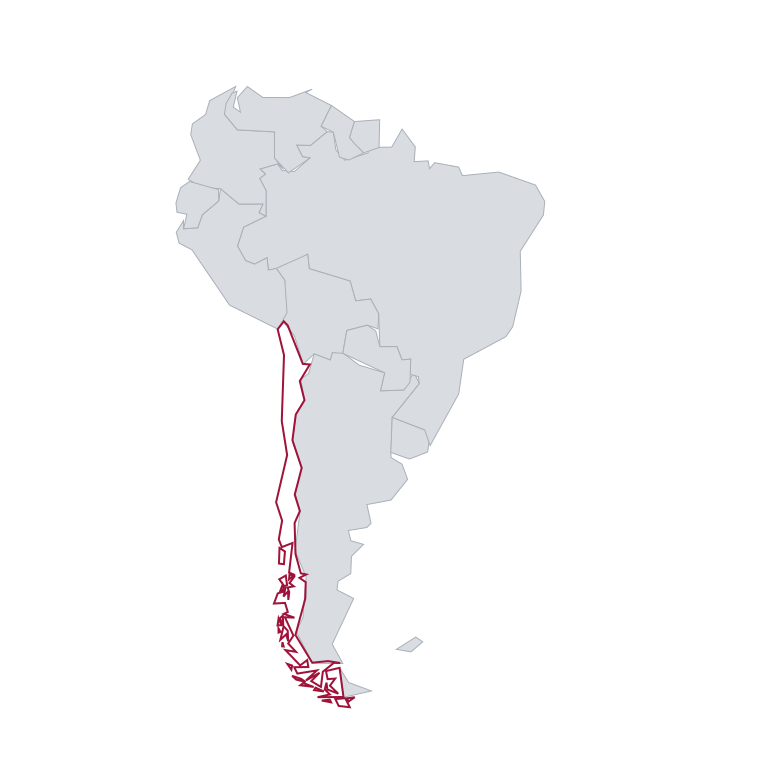 Chile highlighted on a map of South America, rotated 352°
{"feature_id": "CHL", "entity_name": "Chile", "entity_type": "country or territory", "adm_level": 0, "iso_a3": "CHL", "parent_name": "South America", "parent_adm1": "", "projection": "mercator", "projection_center": [-72.304, -36.699], "detail": "medium", "context": "in_parent", "style": "outline", "palette": "rose", "viewbox_px": 768, "rotation_deg": 352, "n_neighbors": 12, "source": "natural_earth", "source_scale": "50m", "svg_char_len": 5735}
<svg xmlns="http://www.w3.org/2000/svg" viewBox="0 0 768 768"><g transform="rotate(352 384 384)"><path d="M300.5,658.7L307.4,674.7L328.8,686.2L300.5,688.6L300.5,658.7ZM387.5,418.2L380.6,457.7L390.7,465.9L394.1,481.7L374.8,499.9L350.3,501.0L351.8,520.1L347.0,523.7L328.3,524.1L329.4,534.6L341.4,540.0L327.8,550.1L324.7,567.1L311.1,572.9L308.8,581.4L324.1,592.2L296.5,634.4L304.3,655.0L274.5,650.6L262.6,617.0L271.2,604.1L280.0,564.3L272.7,536.7L283.2,498.3L280.8,479.3L291.1,455.4L285.4,428.8L292.4,402.3L303.1,388.4L302.2,367.5L310.8,363.2L319.1,344.3L334.1,352.6L337.2,345.7L346.2,346.1L362.0,361.9L386.3,373.1L379.7,390.3L402.8,392.7L415.2,376.4L419.0,388.6L387.5,418.2Z" fill="#d9dde1" stroke="#a8b0b8" stroke-width="1"/><path d="M359.3,648.5L380.2,639.0L386.5,644.7L373.5,653.0L359.3,648.5Z" fill="#d9dde1" stroke="#a8b0b8" stroke-width="1"/><path d="M387.5,418.2L417.9,435.1L422.4,441.5L417.7,457.4L398.7,461.8L381.2,452.7L387.5,418.2Z" fill="#d9dde1" stroke="#a8b0b8" stroke-width="1"/><path d="M421.1,451.4L417.9,435.1L387.5,418.2L419.0,388.6L419.1,381.5L411.2,378.1L413.9,363.1L405.1,362.6L402.0,348.8L385.1,346.5L388.5,313.6L382.6,298.0L367.5,297.7L364.8,277.4L326.0,259.4L326.5,244.9L303.3,255.0L285.3,255.0L285.8,242.7L272.4,247.3L264.1,242.5L258.1,227.0L266.8,209.1L290.5,201.4L294.2,176.2L289.5,163.1L295.8,159.6L291.1,153.8L309.1,151.2L312.9,158.4L324.9,161.1L342.1,149.9L335.0,147.6L330.7,135.2L344.3,137.5L362.9,126.2L368.9,127.6L368.9,145.5L376.4,156.9L400.4,153.0L400.6,147.5L424.6,150.5L437.4,134.1L448.0,153.6L444.8,168.0L458.7,169.2L459.0,177.1L465.0,171.9L488.1,179.6L490.7,188.6L527.1,190.1L561.7,208.1L568.6,225.6L565.4,238.8L537.4,271.5L532.7,311.0L519.4,345.2L511.2,354.1L466.4,370.6L456.6,404.2L421.1,451.4Z" fill="#d9dde1" stroke="#a8b0b8" stroke-width="1"/><path d="M293.4,254.5L326.5,244.9L326.0,259.4L364.8,277.4L367.5,297.7L382.6,298.0L388.5,313.6L385.7,328.6L375.7,323.4L354.6,325.8L347.5,347.9L337.2,345.7L334.1,352.6L319.1,344.3L306.8,353.2L302.0,323.8L292.9,308.6L300.2,267.5L293.4,254.5Z" fill="#d9dde1" stroke="#a8b0b8" stroke-width="1"/><path d="M290.5,201.4L266.8,209.1L258.1,227.0L264.1,242.5L272.4,247.3L285.8,242.7L285.3,255.0L293.4,254.5L300.2,267.5L297.9,299.7L286.7,315.0L242.1,284.5L212.5,224.4L200.7,216.0L199.4,204.9L208.2,194.3L207.1,202.4L221.3,203.4L227.7,191.1L245.8,179.7L249.3,167.8L265.4,185.6L289.3,188.9L284.2,197.0L290.5,201.4Z" fill="#d9dde1" stroke="#a8b0b8" stroke-width="1"/><path d="M314.4,157.4L309.1,151.2L291.1,153.8L295.8,159.6L289.5,163.1L294.2,176.2L290.5,201.4L284.2,197.0L289.3,188.9L265.4,185.6L249.3,167.8L230.9,164.2L218.6,154.0L233.3,136.9L227.3,110.1L230.5,99.7L244.8,92.3L250.8,79.1L278.6,68.7L263.5,94.7L274.2,111.9L310.7,119.1L307.0,145.0L314.4,157.4Z" fill="#d9dde1" stroke="#a8b0b8" stroke-width="1"/><path d="M362.9,126.2L344.3,137.5L330.7,135.2L335.0,147.6L342.1,149.9L318.7,161.6L307.0,145.0L310.7,119.1L274.2,111.9L263.5,94.7L266.7,84.2L274.0,74.9L279.1,73.6L273.3,88.9L279.7,94.8L278.6,80.1L290.1,70.4L303.9,83.4L330.1,87.2L353.9,82.1L347.1,84.5L370.7,100.9L357.6,120.1L362.9,126.2Z" fill="#d9dde1" stroke="#a8b0b8" stroke-width="1"/><path d="M396.1,152.3L380.3,157.3L371.5,153.2L368.9,127.6L357.6,120.1L370.7,100.9L391.3,120.0L384.2,135.2L396.1,152.3Z" fill="#d9dde1" stroke="#a8b0b8" stroke-width="1"/><path d="M412.0,149.1L396.1,152.3L387.7,141.0L384.2,135.2L391.3,120.0L416.5,121.7L412.0,149.1Z" fill="#d9dde1" stroke="#a8b0b8" stroke-width="1"/><path d="M247.2,168.5L245.8,179.7L227.7,191.1L221.3,203.4L207.1,202.4L212.4,188.4L202.9,185.1L203.2,175.7L209.9,161.3L219.6,156.4L247.2,168.5Z" fill="#d9dde1" stroke="#a8b0b8" stroke-width="1"/><path d="M383.2,330.3L385.1,346.5L402.0,348.8L405.1,362.6L413.9,363.1L410.0,385.9L402.8,392.7L379.7,390.3L386.3,373.1L347.5,347.9L354.6,325.8L375.7,323.4L383.2,330.3Z" fill="#d9dde1" stroke="#a8b0b8" stroke-width="1"/><path d="M286.3,315.0L293.5,308.0L296.8,312.5L306.4,352.8L313.3,354.3L301.0,369.4L303.0,389.0L292.4,401.9L285.5,426.8L290.8,455.7L280.2,481.2L283.0,498.1L276.1,509.3L272.7,540.2L275.3,559.9L280.5,561.8L273.3,564.2L278.9,569.3L276.2,585.5L261.4,620.2L274.1,650.0L290.0,650.6L301.8,654.2L295.7,653.1L283.4,660.4L279.4,675.2L270.6,668.1L280.0,661.0L265.5,666.7L277.7,658.3L257.9,658.7L255.7,652.0L269.7,653.7L269.5,646.7L261.8,651.0L249.4,633.8L259.6,637.0L253.0,627.7L259.3,620.5L253.4,601.2L262.8,602.9L252.8,597.7L257.0,596.4L255.5,587.0L244.5,586.1L249.6,576.6L256.8,575.4L258.4,571.3L254.9,580.5L260.1,575.9L259.2,584.5L261.2,576.9L260.2,572.1L266.5,571.8L262.7,567.9L268.5,562.2L268.6,560.4L263.8,557.5L271.3,528.7L260.1,531.3L258.2,523.2L264.1,505.1L260.7,486.1L278.2,440.9L277.6,406.5L289.0,341.5L286.3,315.0ZM300.5,658.9L300.3,688.3L274.6,684.9L287.2,683.9L282.8,678.2L285.5,671.7L285.4,678.6L295.6,684.3L288.5,675.2L294.7,668.9L287.1,668.4L286.6,660.2L300.5,658.9ZM259.8,548.5L255.0,547.2L257.7,531.8L262.6,536.1L259.8,548.5ZM254.3,614.9L253.3,625.4L252.3,618.3L245.8,622.8L250.9,609.9L254.3,614.9ZM292.0,689.2L301.9,689.8L305.1,699.3L294.3,696.5L292.0,689.2ZM260.1,560.0L260.0,569.7L257.2,570.4L253.1,562.8L260.1,560.0ZM262.4,668.9L272.2,674.2L259.2,670.7L262.4,668.9ZM273.9,675.2L281.7,680.1L272.2,677.4L273.9,675.2ZM311.4,690.1L304.9,693.4L303.1,690.1L311.4,690.1ZM251.5,599.4L250.7,608.6L248.2,601.5L251.5,599.4ZM248.9,608.6L245.0,608.2L247.0,601.4L248.9,608.6ZM267.7,561.2L262.8,564.2L263.9,559.5L267.7,561.2ZM249.3,647.7L253.8,650.0L252.5,654.0L249.3,647.7ZM252.4,660.2L260.8,664.4L264.9,668.1L255.9,664.5L252.4,660.2ZM256.2,573.6L252.6,574.2L255.6,568.7L256.2,573.6ZM278.3,688.8L286.4,689.1L287.3,691.9L278.3,688.8ZM245.5,611.4L247.0,615.1L245.0,615.5L245.5,611.4ZM247.5,625.5L248.1,630.0L246.6,629.6L247.5,625.5Z" fill="none" stroke="#9f1239" stroke-width="2"/></g></svg>